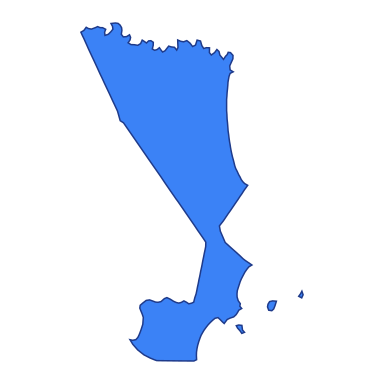 Cabo Frio, Rio de Janeiro, Brazil (Mercator projection)
{"feature_id": "56859067B63803559021809", "entity_name": "Cabo Frio", "entity_type": "district", "adm_level": 2, "iso_a3": "BRA", "parent_name": "Brazil", "parent_adm1": "Rio de Janeiro", "projection": "mercator", "projection_center": [-42.045, -22.737], "detail": "fine", "context": "isolated", "style": "filled", "palette": "blue", "viewbox_px": 384, "rotation_deg": 0, "n_neighbors": 0, "source": "geoboundaries", "source_scale": "gbopen_adm2", "svg_char_len": 3531}
<svg xmlns="http://www.w3.org/2000/svg" viewBox="0 0 384 384"><path d="M120.2,120.7L123.5,122.8L148.7,159.3L151.9,163.9L160.7,176.5L164.9,182.8L170.8,191.4L174.5,196.7L176.2,199.2L178.0,201.6L192.6,222.8L194.4,225.4L198.0,230.8L200.8,234.8L203.5,238.7L205.8,242.2L205.7,246.5L205.1,249.6L204.3,253.3L203.6,256.9L202.8,260.7L202.1,264.6L201.4,268.0L200.7,271.1L200.2,273.9L199.6,276.9L199.0,279.5L198.3,283.3L197.5,286.9L196.9,290.1L196.1,293.9L194.8,297.7L193.7,302.2L191.5,303.2L188.8,303.8L186.4,302.2L183.9,300.9L181.3,302.4L178.8,303.1L176.3,302.5L173.6,301.3L170.1,299.1L166.9,297.6L164.4,298.6L161.0,301.6L158.0,302.3L155.6,302.1L152.4,300.9L149.6,299.9L146.2,300.4L142.7,303.1L140.2,305.3L139.8,308.1L140.8,310.7L142.1,313.8L143.3,317.4L142.8,324.3L142.0,326.8L141.1,329.6L140.0,332.6L139.0,335.1L137.8,337.5L135.9,339.6L132.7,340.3L130.0,339.7L132.8,344.3L137.7,349.9L144.0,354.9L150.3,358.1L154.2,359.7L156.7,360.6L162.4,360.7L179.4,360.9L193.9,361.0L196.6,359.7L196.4,355.4L196.5,352.1L197.0,348.6L197.7,345.3L198.8,341.5L200.0,338.1L201.1,335.3L202.5,332.8L204.1,330.1L206.3,327.1L208.2,324.7L210.4,322.4L212.6,320.3L215.0,318.3L218.0,317.6L220.4,319.8L222.4,321.9L224.2,323.5L225.6,321.6L227.2,319.5L230.1,318.1L233.7,316.9L236.1,314.7L237.6,312.4L238.8,310.2L241.7,308.5L239.8,306.2L240.3,303.7L238.2,300.7L237.1,297.0L237.0,293.8L237.3,290.7L238.2,287.8L239.2,284.7L240.2,281.6L241.4,278.8L243.0,275.7L244.8,272.3L246.8,269.4L248.8,266.9L251.9,265.0L245.3,260.5L243.1,258.8L239.7,255.5L231.4,248.1L225.2,242.5L220.3,231.1L219.4,225.9L223.4,220.8L228.3,213.5L230.4,210.6L235.3,203.4L238.2,199.2L240.0,196.4L241.8,193.9L244.1,190.3L247.7,185.3L244.7,183.6L242.7,181.6L241.2,179.5L240.1,177.1L238.7,174.7L237.2,171.4L235.7,168.5L234.8,165.9L234.1,163.0L233.4,160.2L232.5,157.0L231.6,153.1L231.0,150.2L230.5,147.4L230.1,144.7L229.6,142.0L229.1,138.5L228.6,134.3L228.1,130.9L227.9,127.9L227.7,125.3L227.5,122.8L227.1,119.2L226.9,114.5L226.6,110.7L226.6,107.3L226.6,103.0L226.6,99.5L226.9,96.1L227.1,92.6L227.5,88.9L227.8,85.3L228.0,82.1L228.5,79.3L229.0,76.5L230.1,73.4L233.2,71.8L230.1,69.9L229.7,65.9L231.6,61.7L232.9,58.8L233.0,55.4L230.5,52.6L228.2,52.3L227.2,54.6L225.5,56.3L223.5,59.4L219.9,55.1L219.0,51.5L216.9,49.5L214.6,52.6L211.3,55.0L209.4,52.6L209.5,47.8L206.3,47.7L203.7,48.5L201.8,45.5L200.5,41.0L197.1,40.1L195.5,45.1L192.6,46.5L189.9,43.0L186.8,40.6L183.6,41.8L180.7,41.3L177.7,40.0L177.8,43.4L178.0,47.5L176.7,50.1L174.5,47.3L171.2,46.9L168.7,46.1L166.8,48.5L165.0,50.8L162.6,52.0L160.9,49.9L159.4,47.7L157.2,49.5L154.7,50.3L152.3,49.0L153.2,45.4L153.3,42.3L150.9,40.7L148.6,40.9L146.5,43.0L144.4,41.5L142.2,40.1L140.6,43.6L137.8,45.3L134.2,44.7L131.0,44.6L128.1,42.8L130.0,40.0L130.6,37.4L129.5,34.8L126.6,36.6L123.3,36.9L121.3,34.3L121.9,30.4L121.6,27.7L120.1,25.1L118.1,23.4L115.4,23.0L111.0,23.5L112.5,26.3L112.9,29.2L111.0,31.6L108.3,34.3L105.0,35.4L104.6,32.2L105.7,29.3L102.6,27.7L100.0,27.6L97.6,26.6L95.5,27.6L91.4,29.1L88.3,28.5L86.2,27.3L83.9,30.4L80.9,32.2L82.5,35.8L83.9,38.6L85.4,42.0L86.8,45.1L88.6,49.2L91.5,55.4L94.0,60.7L97.1,67.4L100.2,74.2L102.0,77.9L104.6,83.6L109.5,93.9L112.8,101.1L114.1,103.8L117.5,111.1L120.2,120.7ZM273.7,309.0L275.0,305.7L276.4,301.2L272.6,300.9L269.6,301.6L268.0,304.2L267.5,306.9L268.7,310.2L271.8,310.7L273.7,309.0ZM244.5,332.3L242.5,330.0L241.9,325.4L238.7,325.0L236.3,325.7L237.5,328.0L240.0,330.8L241.8,333.4L244.5,332.3ZM303.1,294.8L301.9,291.2L300.4,294.0L298.7,296.3L301.7,297.9L303.1,294.8Z" fill="#3b82f6" stroke="#1e3a8a" stroke-width="1.5"/></svg>